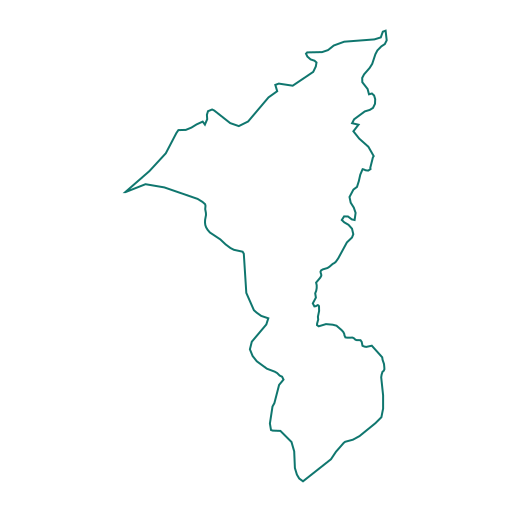 an SVG outline of Cortés
{"feature_id": "HND-647", "entity_name": "Cortés", "entity_type": "Department", "adm_level": 1, "iso_a3": "HND", "parent_name": "Honduras", "parent_adm1": "", "projection": "robinson", "projection_center": [-87.947, 15.362], "detail": "fine", "context": "isolated", "style": "outline", "palette": "teal", "viewbox_px": 512, "rotation_deg": 0, "n_neighbors": 0, "source": "natural_earth", "source_scale": "10m", "svg_char_len": 2635}
<svg xmlns="http://www.w3.org/2000/svg" viewBox="0 0 512 512"><path d="M204.9,124.6L207.2,119.2L206.9,114.8L208.0,111.2L212.1,109.5L214.2,110.5L230.2,123.1L238.8,126.1L248.1,121.5L268.5,97.4L277.2,91.2L275.3,84.9L278.8,83.6L292.7,85.7L313.2,71.9L315.8,66.5L316.5,62.5L314.5,60.7L310.6,59.4L307.4,56.6L306.0,53.7L307.2,52.4L322.1,52.1L328.0,50.1L333.8,45.5L344.2,41.7L374.4,39.4L380.8,37.4L382.8,31.7L385.6,30.7L386.7,40.3L384.8,44.1L381.3,46.4L377.4,50.4L375.4,54.2L372.2,63.9L369.6,68.0L364.1,74.3L362.2,77.9L362.3,82.2L367.6,89.0L369.0,94.3L371.9,93.5L374.1,95.5L375.2,99.2L375.0,103.8L373.0,107.9L369.8,109.9L364.8,111.4L354.1,119.3L352.1,123.2L358.5,124.7L353.4,131.3L359.2,138.6L368.4,146.8L373.7,156.1L372.9,157.4L370.3,167.7L370.5,169.1L368.2,170.6L365.7,170.3L363.6,169.4L362.6,169.2L360.3,174.6L358.8,181.2L357.0,186.9L353.4,189.6L349.5,197.0L350.7,202.7L353.8,207.6L355.6,212.9L354.6,220.0L351.8,219.4L348.0,216.5L344.1,216.4L341.8,220.0L344.2,222.3L348.5,224.8L352.0,228.7L353.3,234.2L352.0,237.5L346.9,242.4L338.2,258.4L335.8,261.8L334.4,263.0L332.7,263.9L329.5,266.7L327.5,268.0L322.8,269.4L321.1,270.4L320.5,271.7L320.7,272.9L321.2,274.3L321.3,275.7L320.3,277.6L316.1,282.6L316.7,285.2L316.7,288.0L316.2,290.8L315.2,293.3L315.9,297.6L312.8,303.4L314.4,306.4L315.7,306.2L317.8,305.1L318.7,305.7L319.0,306.2L319.1,311.0L317.9,316.8L318.2,319.6L317.1,323.5L317.0,325.1L318.7,326.3L326.0,324.1L332.7,324.7L336.5,325.7L341.7,330.2L343.3,332.0L344.2,333.8L344.5,335.5L345.4,337.4L347.4,337.7L352.6,337.6L354.1,338.4L355.4,339.7L356.6,340.1L360.5,340.2L361.7,341.9L362.5,345.8L364.5,346.6L366.3,346.9L371.8,345.7L382.2,357.3L382.6,359.9L384.0,364.0L384.3,367.2L384.4,369.2L383.8,370.7L382.5,371.8L381.6,374.7L381.2,377.3L383.1,395.4L383.1,408.6L381.4,417.2L375.5,423.1L359.5,436.1L352.9,439.7L345.1,441.8L343.7,442.9L336.0,451.7L331.0,459.2L303.0,481.3L299.2,478.5L296.9,474.6L294.9,468.0L294.2,451.4L291.5,442.0L280.4,430.9L272.7,430.6L271.0,430.0L269.9,423.5L272.5,406.5L274.4,403.1L279.1,384.9L283.5,379.6L282.1,376.7L279.7,375.6L277.2,373.1L274.8,371.7L266.9,368.7L256.8,361.3L252.6,356.0L249.9,349.3L251.8,341.7L266.3,324.5L268.3,318.3L261.2,315.9L256.6,312.6L253.9,310.2L246.3,292.9L243.8,253.7L242.6,251.7L233.9,249.8L230.4,248.0L225.6,244.4L220.3,239.4L209.9,232.5L207.6,229.8L206.1,227.3L205.3,225.0L205.0,222.6L205.1,219.8L206.0,215.0L205.9,212.9L205.2,209.1L205.5,205.8L205.1,204.2L202.6,202.0L197.6,198.9L164.3,187.4L145.5,184.2L125.5,192.1L125.3,192.1L149.4,171.1L165.8,153.3L176.4,133.0L178.4,130.1L185.8,129.9L191.4,127.6L196.6,124.4L202.7,121.6L204.9,124.6Z" fill="none" stroke="#0f766e" stroke-width="2"/></svg>